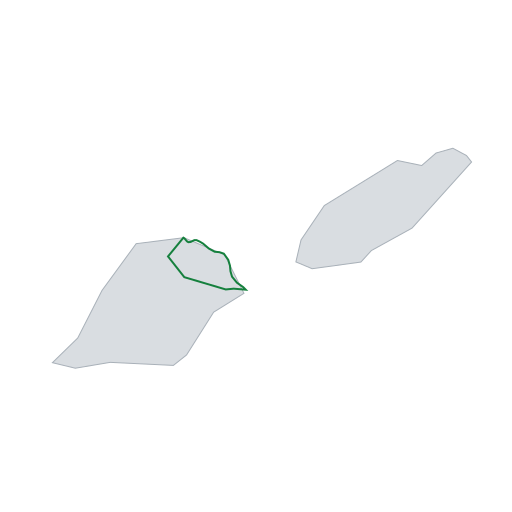 Fa'asaleleaga on a map of Samoa (Albers equal-area conic projection), rotated 312°
{"feature_id": "WSM-4989", "entity_name": "Fa'asaleleaga", "entity_type": "state/province", "adm_level": 1, "iso_a3": "WSM", "parent_name": "Samoa", "parent_adm1": "", "projection": "albers", "projection_center": [-172.216, -13.68], "detail": "fine", "context": "in_parent", "style": "outline", "palette": "green", "viewbox_px": 512, "rotation_deg": 312, "n_neighbors": 0, "source": "natural_earth", "source_scale": "10m", "svg_char_len": 849}
<svg xmlns="http://www.w3.org/2000/svg" viewBox="0 0 512 512"><g transform="rotate(312 256 256)"><path d="M185.0,158.7L221.4,190.2L235.9,232.0L220.2,272.0L185.9,262.1L136.0,270.6L119.4,267.8L79.4,218.8L51.7,196.8L40.5,176.1L75.8,178.4L127.4,164.6L185.0,158.7ZM470.1,353.3L381.2,353.3L337.3,338.1L321.7,338.0L284.1,306.2L278.3,289.6L298.1,278.7L339.2,273.0L421.6,297.2L434.1,318.6L453.0,320.9L467.8,330.2L471.5,345.2L470.1,353.3Z" fill="#d9dde1" stroke="#a8b0b8" stroke-width="1"/><path d="M221.0,189.8L221.2,191.2L220.7,195.0L221.0,196.5L222.7,198.0L226.6,199.6L228.0,201.2L229.1,204.8L229.8,208.4L230.0,216.0L231.5,222.4L234.4,226.3L236.2,230.5L234.6,237.9L231.4,243.1L227.6,247.2L224.6,252.0L223.4,259.7L224.3,267.4L224.1,270.9L216.8,261.3L210.9,255.9L192.3,216.9L196.8,190.9L221.0,189.8Z" fill="none" stroke="#15803d" stroke-width="2"/></g></svg>